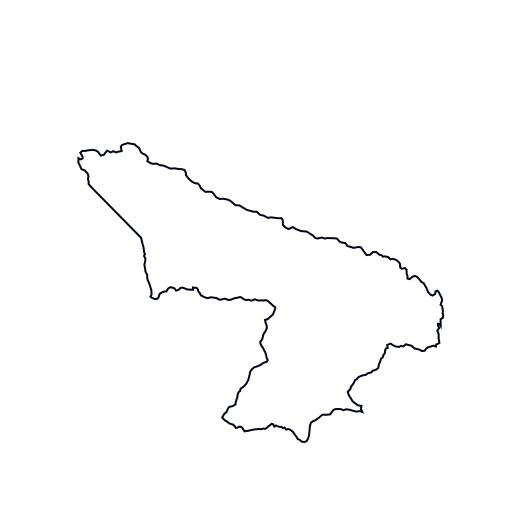 Cachoeira Alta, Goiás, Brazil (Robinson projection), rotated 143°
{"feature_id": "56859067B56256761057060", "entity_name": "Cachoeira Alta", "entity_type": "district", "adm_level": 2, "iso_a3": "BRA", "parent_name": "Brazil", "parent_adm1": "Goiás", "projection": "robinson", "projection_center": [-50.962, -18.602], "detail": "fine", "context": "isolated", "style": "outline", "palette": "ink", "viewbox_px": 512, "rotation_deg": 143, "n_neighbors": 0, "source": "geoboundaries", "source_scale": "gbopen_adm2", "svg_char_len": 5200}
<svg xmlns="http://www.w3.org/2000/svg" viewBox="0 0 512 512"><g transform="rotate(143 256 256)"><path d="M132.9,110.9L132.3,114.7L131.8,117.0L132.1,119.4L133.9,119.7L135.9,117.8L138.8,118.2L140.1,120.5L140.2,123.9L139.2,127.5L138.5,133.6L139.5,135.6L139.6,139.0L139.8,142.1L141.1,144.5L143.4,145.2L147.3,145.1L148.6,146.8L147.0,149.0L146.4,151.1L144.0,154.5L144.3,156.6L147.2,158.1L147.8,160.0L145.8,162.8L145.6,165.1L146.5,168.7L148.5,171.5L150.7,172.4L151.0,175.4L153.3,178.2L155.0,179.0L155.1,180.7L156.5,182.5L157.6,186.7L160.3,188.8L164.0,188.3L167.2,190.2L167.0,199.8L168.8,201.6L173.1,203.7L177.0,209.1L176.8,212.4L180.4,216.4L180.7,219.2L180.9,221.3L183.1,223.3L188.6,227.7L190.3,228.3L192.6,231.3L196.3,232.9L197.9,234.8L198.1,237.8L200.8,245.0L205.0,248.8L208.1,253.8L209.1,256.9L213.9,258.0L215.4,261.2L215.8,264.6L213.1,268.4L212.9,270.9L216.1,273.3L220.7,277.8L223.6,279.3L225.5,283.5L228.0,286.5L228.7,290.9L231.3,292.8L235.6,298.4L238.8,306.3L241.8,309.0L243.3,315.5L244.7,318.1L247.7,321.5L250.6,323.2L252.4,326.7L252.5,333.2L254.0,335.0L257.9,337.8L259.3,343.3L258.6,346.0L258.8,348.8L260.8,350.7L262.1,353.1L262.8,355.5L263.3,358.6L263.2,362.9L261.8,364.8L261.4,367.9L263.3,370.3L265.8,372.3L268.0,374.8L271.7,377.3L275.0,383.1L276.3,384.8L278.0,386.2L280.0,389.9L281.9,390.9L283.2,392.0L284.2,393.4L285.7,397.1L283.7,398.7L283.1,400.6L283.4,403.3L285.0,406.3L285.4,408.0L284.4,412.7L285.4,416.1L285.7,418.2L288.1,420.7L290.6,423.4L296.2,425.3L298.2,424.6L300.2,420.7L303.5,422.3L305.4,422.9L306.9,425.6L309.5,426.0L310.6,428.0L311.6,429.8L315.3,428.8L316.7,428.4L319.6,429.7L319.5,432.5L319.5,434.3L320.4,436.7L322.6,439.1L327.1,441.8L329.1,442.6L331.5,444.5L334.2,444.2L334.7,439.6L335.9,438.2L338.0,438.8L338.9,441.0L340.1,439.4L341.6,437.6L343.1,430.3L341.2,427.4L340.9,422.9L341.7,420.6L343.6,419.0L345.2,415.6L346.4,414.2L345.8,407.8L336.8,339.7L338.2,336.5L339.7,333.1L340.6,330.6L342.9,326.7L343.7,324.2L345.4,323.4L345.8,320.6L347.5,318.6L350.4,316.3L352.1,312.7L353.7,310.0L354.3,306.3L356.0,304.1L356.8,302.5L358.0,297.6L360.2,291.6L362.6,288.1L364.7,287.1L364.3,285.4L362.8,282.6L361.2,281.4L359.1,281.4L357.4,282.6L355.6,283.8L353.0,283.5L351.1,283.0L348.7,281.6L346.5,282.7L344.9,282.9L342.8,282.4L340.6,279.3L340.6,276.4L337.8,275.6L335.6,275.9L333.7,275.0L330.7,270.3L329.0,268.9L326.6,266.9L325.3,268.8L323.8,267.3L322.6,266.2L322.6,264.4L323.4,262.2L323.2,260.2L323.7,257.8L321.4,253.2L319.9,251.4L317.1,250.3L315.2,248.6L313.7,247.0L312.5,245.7L312.1,244.0L310.6,242.4L308.7,241.6L307.2,241.1L306.1,240.1L304.8,237.8L302.4,236.2L300.0,235.6L298.1,235.0L296.1,233.9L293.5,232.9L292.5,231.5L292.1,229.5L291.2,227.9L289.8,226.3L288.0,225.3L286.7,223.2L285.3,222.6L282.9,222.1L281.2,219.3L278.4,217.3L276.4,215.7L274.7,214.9L273.6,212.7L272.7,208.5L272.3,205.8L271.4,203.5L272.6,202.2L274.2,201.2L275.9,200.2L277.7,199.1L281.5,198.8L284.7,198.5L287.3,199.5L288.6,196.6L289.5,193.7L290.8,191.8L294.3,189.9L296.4,189.3L297.9,188.5L299.1,187.4L300.6,186.2L302.5,185.3L304.0,185.1L305.2,183.5L305.7,180.7L305.8,177.9L306.3,175.7L306.7,172.9L307.8,170.4L308.8,168.2L309.3,165.8L310.7,165.1L312.5,165.5L314.6,166.3L316.2,166.2L318.8,166.4L322.6,167.5L324.5,168.2L327.1,168.1L330.3,167.1L332.9,164.7L334.4,163.6L336.7,161.7L338.4,160.9L340.5,159.9L343.6,159.2L348.3,159.2L349.9,157.8L351.9,157.7L353.9,156.5L356.1,154.3L360.1,151.6L361.7,149.8L363.7,150.0L365.8,150.4L367.2,151.3L369.0,151.5L371.7,150.2L373.6,149.1L376.0,149.1L377.9,148.3L380.2,147.4L380.1,145.4L379.6,143.2L378.7,141.0L378.1,138.4L375.7,135.0L375.4,132.9L375.7,131.0L374.0,130.0L372.5,130.0L371.0,128.9L370.3,127.2L370.6,124.5L370.7,122.8L369.1,122.1L367.3,121.0L364.2,119.7L361.6,118.4L359.9,117.4L358.0,116.3L356.3,114.7L354.1,113.8L352.6,112.4L350.9,112.2L348.6,112.6L346.3,112.4L344.6,112.6L343.6,111.4L344.0,108.7L342.1,108.6L340.4,105.8L338.7,104.3L338.0,102.4L336.6,101.9L336.4,99.2L334.3,98.4L333.0,96.0L332.3,92.9L332.5,90.5L332.5,87.3L332.8,84.7L331.7,82.7L331.3,80.4L329.4,78.3L327.1,77.7L324.8,78.6L322.9,79.8L321.5,80.8L320.2,82.4L318.9,83.7L316.6,86.3L314.5,88.4L312.3,89.8L310.1,89.8L307.9,89.2L303.0,89.0L301.1,89.1L299.4,89.3L297.9,88.9L295.8,87.1L294.1,86.1L292.1,84.9L289.6,85.7L286.7,86.5L284.5,85.8L281.7,83.8L280.2,82.4L279.0,80.2L276.2,79.3L273.7,76.8L272.0,74.4L270.4,72.4L269.1,71.0L267.5,70.3L266.0,69.2L265.0,67.5L264.2,70.9L262.0,72.8L264.5,75.4L265.4,78.6L266.3,81.7L266.0,84.6L265.7,88.3L265.2,90.4L264.3,92.4L260.5,93.0L259.1,94.3L256.8,95.0L254.7,95.6L252.9,96.5L251.5,97.3L249.1,97.1L246.7,97.6L242.5,96.4L240.1,95.1L236.8,95.0L234.4,93.7L231.6,94.1L230.1,93.4L228.2,92.9L225.8,93.0L223.1,95.4L220.9,96.7L217.5,98.9L215.9,98.7L214.2,100.0L211.6,100.9L210.0,102.6L208.0,104.0L206.2,103.3L204.8,106.0L201.2,105.0L200.3,102.2L198.8,99.6L196.4,97.2L194.3,97.0L192.8,95.1L189.4,95.3L185.6,90.4L185.5,88.4L184.9,86.7L181.4,82.2L180.9,80.4L178.3,78.8L176.1,79.6L174.0,79.6L168.4,77.7L166.8,75.4L165.5,76.9L161.9,76.2L160.9,77.9L159.9,80.1L157.1,83.7L156.0,87.4L153.1,88.2L152.5,91.1L151.4,92.4L150.4,91.1L150.6,89.0L146.6,94.4L144.0,94.2L142.4,95.6L141.4,97.9L139.9,99.4L137.5,104.0L137.9,106.0L134.0,108.6L132.9,110.9Z" fill="none" stroke="#020617" stroke-width="2"/></g></svg>